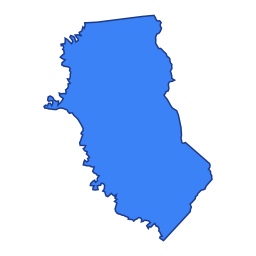 Ibaiti, Paraná, Brazil (Robinson projection)
{"feature_id": "56859067B34229173137225", "entity_name": "Ibaiti", "entity_type": "district", "adm_level": 2, "iso_a3": "BRA", "parent_name": "Brazil", "parent_adm1": "Paraná", "projection": "robinson", "projection_center": [-50.321, -23.79], "detail": "fine", "context": "isolated", "style": "filled", "palette": "blue", "viewbox_px": 256, "rotation_deg": 0, "n_neighbors": 0, "source": "geoboundaries", "source_scale": "gbopen_adm2", "svg_char_len": 3791}
<svg xmlns="http://www.w3.org/2000/svg" viewBox="0 0 256 256"><path d="M190.5,209.3L191.3,207.1L190.1,203.9L191.7,202.7L193.1,201.1L194.4,199.7L195.3,198.6L195.5,196.7L197.4,195.1L197.8,193.5L199.9,191.5L201.1,190.2L203.1,189.8L205.0,189.0L206.0,186.3L207.8,184.1L209.5,182.2L212.0,179.4L211.7,177.5L211.7,175.5L210.6,173.9L210.6,171.8L209.7,170.2L208.5,169.2L209.8,167.3L210.0,165.4L209.6,163.6L202.7,157.6L185.4,142.5L183.7,143.3L182.0,142.8L181.0,138.0L181.5,135.2L181.3,131.8L181.1,129.4L181.0,127.5L180.6,125.7L178.7,116.5L178.3,114.9L176.7,110.7L175.3,109.9L173.9,109.0L172.7,108.2L171.8,107.2L170.8,105.8L168.9,102.3L166.9,98.9L165.5,97.4L164.0,95.2L165.6,92.9L166.2,91.5L168.2,90.9L168.9,88.5L168.3,84.1L169.1,82.2L170.3,81.6L172.6,81.2L174.6,80.1L172.8,79.0L171.7,78.1L171.8,76.2L171.2,73.6L170.4,71.1L171.1,69.8L171.9,68.6L171.7,66.6L171.8,64.3L170.5,63.0L169.9,60.4L169.8,58.7L168.7,57.4L167.1,56.4L166.2,53.9L165.0,52.7L163.3,51.2L161.6,49.2L160.2,48.3L158.7,48.6L156.8,45.2L155.7,43.6L155.7,41.6L155.8,39.3L155.5,37.4L156.8,34.1L159.0,33.1L160.2,31.5L161.5,28.2L160.2,25.8L160.4,23.9L161.2,22.7L159.7,20.8L157.2,21.0L156.0,19.2L155.2,17.4L154.0,15.4L142.9,16.4L126.9,18.4L97.0,22.2L84.7,22.8L85.1,25.5L84.2,28.4L82.9,26.9L81.8,30.9L79.2,32.4L79.8,34.3L81.8,36.0L78.0,34.8L75.1,35.0L76.3,36.9L78.0,38.8L78.2,40.5L75.9,41.9L74.7,38.1L73.8,36.6L70.7,35.5L69.9,37.1L70.8,38.2L72.1,39.9L72.8,41.5L71.6,43.7L69.5,41.7L67.6,39.7L66.4,38.9L65.1,38.2L65.3,40.4L64.9,43.8L63.4,43.8L61.0,44.2L61.3,45.8L62.9,45.3L63.7,47.5L62.6,49.5L63.9,50.4L64.1,54.0L62.7,54.8L60.3,57.2L61.7,58.3L63.8,59.4L65.1,59.7L63.9,61.2L62.1,62.6L61.7,64.8L63.7,66.1L65.8,66.5L68.5,66.9L70.2,68.4L69.5,70.3L70.7,72.1L70.2,75.0L70.3,77.2L69.4,79.2L67.5,78.9L68.6,81.2L70.2,83.3L68.0,84.0L68.4,86.2L67.7,88.2L65.6,89.9L66.0,91.6L65.9,93.7L63.6,93.5L61.9,93.7L60.5,93.7L59.3,93.1L59.6,95.4L60.6,96.6L63.3,98.4L62.1,100.4L61.0,102.1L58.0,105.0L58.4,103.3L58.5,101.0L56.4,101.4L54.1,100.0L52.7,97.4L50.2,96.0L48.3,96.8L47.9,98.6L47.7,100.2L48.7,101.2L50.3,100.8L52.5,100.8L52.8,103.0L51.8,105.7L50.3,103.3L48.6,103.3L47.6,105.7L45.6,105.1L44.0,106.5L44.8,108.1L46.8,108.2L48.8,108.9L51.3,109.1L55.0,109.6L56.4,109.5L58.3,108.4L60.4,108.0L62.9,108.3L65.2,109.2L67.1,110.0L68.1,111.8L69.4,113.3L70.7,112.8L72.2,112.9L73.9,115.3L76.3,117.5L78.0,119.3L79.3,121.5L80.9,124.1L83.1,128.5L82.9,131.0L81.6,132.3L81.0,133.7L82.7,134.7L81.4,138.2L80.7,140.5L79.7,142.6L80.2,145.4L82.6,145.4L85.6,145.6L85.0,147.5L83.2,148.6L84.6,150.7L87.3,151.9L86.4,154.0L88.2,155.6L89.5,157.3L87.6,158.5L88.5,160.5L87.0,161.9L84.6,160.2L83.8,162.4L83.3,164.9L85.2,165.3L87.1,165.8L89.6,165.8L90.9,166.7L92.4,166.9L94.2,167.0L93.7,168.5L92.7,171.4L94.0,173.0L95.8,173.6L97.1,175.1L99.2,175.9L97.9,177.1L97.2,178.7L97.4,180.9L95.5,182.3L94.7,180.2L92.8,181.3L90.7,183.5L90.3,185.5L92.1,185.7L94.2,185.8L93.0,187.8L92.9,189.6L94.9,190.0L98.1,189.6L97.3,185.9L99.1,185.4L100.7,185.2L101.3,183.2L103.6,183.8L104.7,185.4L104.4,187.1L104.3,188.9L102.8,191.1L104.8,191.8L105.5,194.4L106.1,195.9L107.8,196.6L109.4,195.3L111.3,193.4L112.6,194.8L114.3,196.1L116.3,194.7L115.9,196.6L114.9,198.0L117.0,199.3L114.5,201.4L116.9,202.9L115.9,206.2L115.1,208.9L115.5,211.0L117.0,213.1L118.6,214.0L120.1,214.1L121.9,215.2L123.6,215.2L125.3,216.3L127.2,216.9L128.5,217.6L128.2,219.2L130.1,219.4L132.5,219.6L133.8,221.1L135.0,219.8L137.1,218.8L138.5,217.6L140.5,217.8L141.8,219.8L141.3,221.8L143.0,221.4L144.4,220.3L146.3,220.4L148.7,220.9L150.3,222.6L148.3,224.1L146.7,225.7L148.3,228.5L149.4,226.6L150.9,227.1L152.0,226.0L153.5,224.4L154.9,223.5L156.0,226.0L158.0,226.6L159.2,228.9L158.7,230.9L159.8,232.0L160.8,234.2L162.1,236.1L160.2,236.5L159.8,238.0L161.1,239.0L163.5,240.6L190.2,211.7L190.5,209.3Z" fill="#3b82f6" stroke="#1e3a8a" stroke-width="1.5"/></svg>